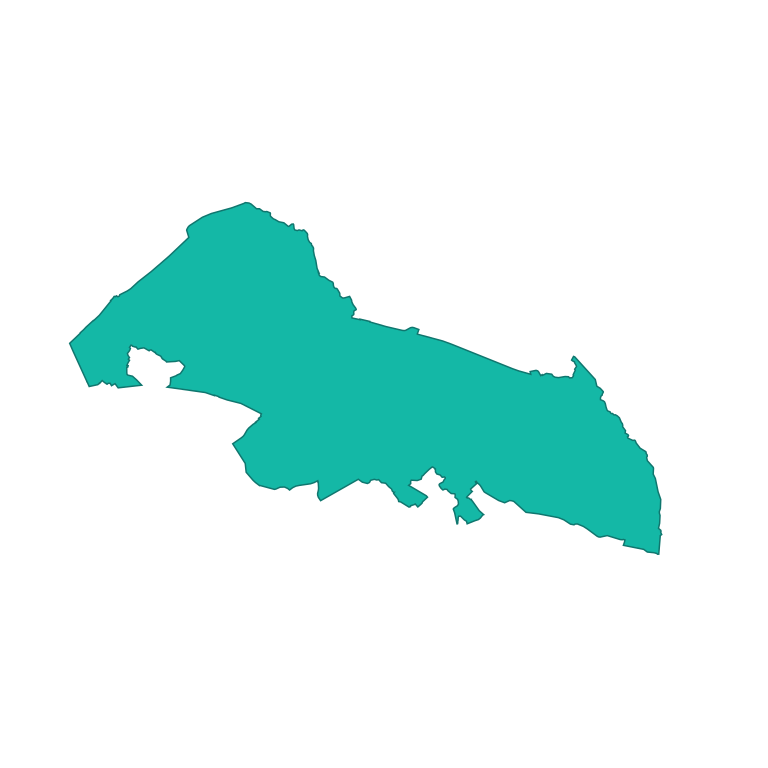 Doetinchem, Gelderland, Netherlands, rotated 197°
{"feature_id": "6326949B3071243252174", "entity_name": "Doetinchem", "entity_type": "district", "adm_level": 2, "iso_a3": "NLD", "parent_name": "Netherlands", "parent_adm1": "Gelderland", "projection": "albers", "projection_center": [6.278, 51.959], "detail": "fine", "context": "isolated", "style": "filled", "palette": "teal", "viewbox_px": 768, "rotation_deg": 197, "n_neighbors": 0, "source": "geoboundaries", "source_scale": "gbopen_adm2", "svg_char_len": 6149}
<svg xmlns="http://www.w3.org/2000/svg" viewBox="0 0 768 768"><g transform="rotate(197 384 384)"><path d="M71.5,301.6L75.5,319.9L74.4,321.2L76.2,323.3L76.0,323.6L76.0,324.0L76.5,325.0L79.3,326.2L79.7,331.4L81.6,339.0L83.0,341.2L83.4,342.5L83.3,345.7L85.6,354.5L90.4,361.1L96.9,373.0L100.2,376.5L101.6,382.1L102.1,383.0L109.7,387.6L111.2,390.2L111.4,390.9L111.1,391.9L111.3,392.5L111.7,393.2L113.0,394.2L113.4,395.3L113.8,395.8L120.3,397.5L125.6,401.3L126.9,403.0L127.6,403.5L128.2,403.5L129.5,402.8L134.8,403.5L135.7,404.7L135.1,405.5L135.1,406.2L135.9,406.9L139.1,407.6L139.4,410.0L143.3,412.9L143.6,414.3L144.5,415.8L145.9,416.8L149.0,420.5L151.5,421.7L153.6,422.2L155.1,421.7L156.8,422.6L158.0,422.2L158.8,422.5L159.7,423.5L161.9,423.6L163.0,424.2L165.0,427.0L166.6,429.9L168.0,431.5L169.5,432.0L172.4,432.3L172.9,433.9L173.0,435.3L172.7,436.3L172.1,437.2L172.3,438.2L171.9,440.3L172.1,440.8L175.9,443.1L179.8,444.1L183.3,450.1L209.5,465.7L210.8,465.8L211.6,461.7L210.5,461.2L208.4,461.0L208.1,460.2L205.5,457.8L205.0,456.9L206.0,453.9L205.1,453.0L205.8,448.3L205.7,447.8L205.2,447.4L205.3,446.6L205.9,445.0L208.3,444.1L209.7,444.9L213.0,444.1L219.0,441.1L222.5,440.5L224.4,440.9L226.5,442.4L231.8,441.6L234.9,438.6L235.5,439.2L236.5,437.8L239.9,441.0L240.9,441.5L242.6,441.5L247.9,438.6L246.5,436.2L259.0,435.9L265.5,436.2L331.1,441.8L340.4,442.3L366.6,441.4L366.8,441.5L366.6,446.3L372.0,446.6L373.6,446.4L375.1,445.6L378.9,441.7L380.2,441.0L382.3,440.6L398.7,439.5L415.7,439.2L415.8,439.7L425.9,439.0L425.7,438.5L433.9,437.8L434.4,438.8L434.6,439.7L433.3,441.4L433.3,442.2L433.8,443.2L434.1,444.7L433.7,445.6L432.4,446.9L432.4,447.3L433.3,448.3L436.7,450.8L438.7,453.0L439.6,454.8L442.5,457.7L446.8,454.9L448.3,454.2L449.0,454.2L451.9,455.3L452.9,457.9L456.5,461.2L457.3,461.5L458.8,461.2L460.0,461.8L461.1,463.3L462.0,465.5L462.9,466.4L467.2,467.1L472.1,468.9L475.9,468.3L477.5,468.9L479.3,471.3L478.7,471.3L481.8,475.0L485.4,482.3L488.3,486.6L490.4,490.7L491.1,493.3L492.7,495.0L493.6,495.3L494.6,497.1L496.5,497.7L498.7,499.8L500.3,502.7L500.8,504.7L501.4,505.5L503.8,507.0L505.7,507.9L506.5,507.6L507.1,506.6L510.3,506.5L511.7,505.4L514.2,505.2L515.4,506.3L517.0,510.0L517.6,510.5L519.1,509.8L521.0,506.9L521.8,506.8L526.9,508.9L532.0,508.4L536.1,509.4L538.1,509.6L541.5,511.2L542.1,512.2L542.5,513.9L542.9,514.4L546.5,514.7L547.7,514.1L550.1,513.7L554.3,515.2L557.1,514.3L563.6,517.2L566.0,517.6L569.7,516.9L570.7,515.8L581.3,507.8L598.9,496.6L606.4,490.4L616.4,478.5L617.2,476.8L617.7,474.4L617.7,473.4L613.5,467.1L626.8,443.6L639.5,423.4L649.0,409.8L654.0,401.2L656.7,397.9L662.8,392.1L662.8,390.8L663.5,390.0L664.3,389.6L665.5,390.1L666.1,389.1L666.7,389.3L667.8,388.7L667.8,388.0L669.3,384.7L669.9,384.0L669.4,383.6L676.3,366.5L680.2,359.7L680.5,359.8L685.6,351.2L687.1,348.1L689.5,344.1L689.3,343.7L696.5,331.0L690.7,324.2L669.0,299.7L668.8,299.2L668.3,299.0L665.2,295.4L657.5,299.7L656.4,301.7L656.1,301.5L654.5,304.9L651.5,303.6L649.5,303.2L649.4,302.9L648.7,302.9L648.0,304.0L646.1,304.6L644.1,302.7L641.3,305.7L637.1,302.6L615.4,312.0L621.8,315.6L626.8,317.9L631.6,317.6L632.6,318.1L633.3,319.7L634.9,324.8L634.0,325.2L634.0,326.7L635.3,326.6L635.0,329.5L634.3,332.3L635.7,332.9L635.7,333.5L635.1,334.8L637.2,336.5L638.3,338.2L637.1,341.5L636.9,343.9L638.1,344.6L637.3,347.2L636.4,347.2L635.6,346.6L632.7,346.6L632.0,346.9L629.5,345.4L627.3,346.9L624.1,348.4L618.3,347.1L617.8,348.0L616.6,348.5L612.2,347.1L611.8,347.4L611.2,346.5L609.9,346.0L605.8,345.4L605.2,345.1L604.2,343.9L603.2,343.6L603.1,343.2L599.2,342.1L598.4,341.5L590.1,344.6L586.6,346.5L580.2,343.2L579.7,342.5L579.7,342.0L580.5,338.3L581.8,334.4L584.6,332.0L585.1,331.2L589.9,327.5L588.9,324.4L588.3,320.5L590.4,317.6L552.4,323.6L542.8,323.3L542.9,323.7L540.6,323.7L538.3,323.6L538.0,323.2L529.3,322.9L515.2,323.6L492.8,319.7L492.5,319.6L492.8,318.2L492.1,317.1L493.9,314.5L493.0,313.9L495.7,309.9L495.2,309.7L497.4,307.2L500.5,302.3L501.5,299.9L502.7,294.6L503.3,293.0L504.5,291.1L511.2,282.6L493.5,267.5L490.0,259.3L481.0,253.6L478.1,252.2L473.2,250.4L472.7,250.7L458.0,251.2L456.7,251.9L453.3,254.9L449.0,256.4L445.4,255.9L443.3,255.0L441.0,258.2L438.4,260.6L435.3,262.3L425.1,267.1L422.0,269.3L419.1,272.1L418.5,270.8L418.2,270.9L416.1,265.2L415.7,263.3L415.5,259.9L414.9,258.2L413.6,256.4L410.5,253.9L380.7,285.4L376.1,283.8L370.8,284.0L369.1,285.6L368.7,287.8L368.5,288.1L365.4,290.0L362.7,290.1L361.2,291.0L357.6,288.9L353.4,289.6L349.5,287.2L346.1,285.8L344.6,283.9L343.9,283.7L343.0,283.0L342.6,283.2L342.9,282.4L342.6,282.0L337.3,278.3L336.4,277.4L335.6,275.9L333.6,276.1L324.1,273.6L322.8,274.5L323.0,275.4L319.8,277.5L319.1,278.4L315.7,276.3L313.6,279.6L312.7,281.4L312.8,282.2L312.5,282.9L309.3,288.5L310.9,289.5L330.8,294.3L329.3,296.5L330.1,298.7L329.8,300.0L324.0,301.4L320.6,303.9L320.7,307.1L319.9,307.9L318.9,310.1L315.9,315.5L313.7,318.7L313.3,318.9L310.7,318.1L310.5,317.6L310.0,317.7L309.1,315.0L307.2,313.4L303.7,313.4L301.1,311.8L299.0,312.8L298.1,312.4L297.8,311.5L298.4,310.3L298.9,307.5L301.4,305.1L301.9,304.1L301.4,302.9L299.2,301.1L296.9,299.9L296.3,300.1L295.1,301.3L292.8,301.6L291.5,300.5L287.7,298.9L284.2,299.7L283.5,298.9L282.9,296.3L279.9,295.2L278.8,293.7L277.7,290.9L278.2,289.0L280.7,286.1L281.2,284.7L278.8,281.5L273.3,271.6L272.8,271.8L272.8,272.3L272.9,273.1L273.7,274.1L273.2,274.6L274.0,278.0L273.9,279.4L272.1,280.0L267.4,277.5L265.0,276.9L263.6,274.6L257.0,279.9L254.0,282.0L252.6,284.1L251.3,287.5L250.5,288.2L255.9,290.7L265.4,298.0L266.5,298.5L266.7,299.2L267.6,298.9L269.5,299.7L270.7,299.6L271.1,299.3L271.9,299.7L271.8,300.2L268.2,307.1L269.4,307.5L270.5,308.8L266.3,315.8L268.0,317.1L267.5,317.9L265.5,316.6L263.3,315.7L261.8,314.7L256.8,310.2L255.3,309.7L240.3,306.1L233.9,305.7L229.8,309.3L227.7,309.7L225.6,309.7L210.7,302.8L198.2,305.0L178.1,307.2L172.3,306.7L164.7,304.5L161.1,304.9L160.3,305.9L158.1,306.7L151.7,306.1L147.1,304.8L135.6,300.7L133.9,300.5L132.5,300.8L126.2,304.3L112.7,304.3L110.6,304.7L109.8,305.3L108.1,305.4L107.9,305.3L108.1,304.6L107.8,303.6L107.9,299.7L87.3,301.8L83.1,300.3L76.4,301.6L73.5,301.7L72.8,301.2L71.5,301.6Z" fill="#14b8a6" stroke="#0f766e" stroke-width="1.5"/></g></svg>